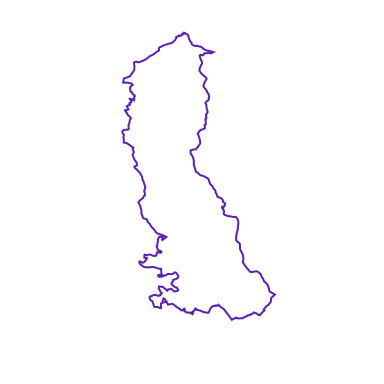 Fildu De Jos, Salaj, Romania, rotated 57°
{"feature_id": "2599482B97947706093461", "entity_name": "Fildu De Jos", "entity_type": "district", "adm_level": 2, "iso_a3": "ROU", "parent_name": "Romania", "parent_adm1": "Salaj", "projection": "robinson", "projection_center": [22.992, 46.932], "detail": "fine", "context": "isolated", "style": "outline", "palette": "violet", "viewbox_px": 384, "rotation_deg": 57, "n_neighbors": 0, "source": "geoboundaries", "source_scale": "gbopen_adm2", "svg_char_len": 6051}
<svg xmlns="http://www.w3.org/2000/svg" viewBox="0 0 384 384"><g transform="rotate(57 192 192)"><path d="M302.2,243.7L299.6,239.8L299.0,236.8L300.1,234.8L299.9,234.1L300.2,233.5L301.1,233.0L301.2,232.1L301.0,231.2L303.7,230.7L306.9,229.3L309.7,228.8L310.4,229.0L314.4,228.5L320.9,228.2L320.9,226.3L321.3,225.2L321.1,224.9L321.7,223.7L321.6,223.0L323.4,222.0L324.2,220.3L325.4,218.5L325.3,217.3L325.6,216.7L325.4,216.2L325.6,215.1L326.1,214.2L325.9,213.5L326.1,212.9L325.9,212.1L326.8,210.0L326.5,209.0L326.8,208.8L327.1,207.1L326.7,205.7L328.9,204.1L331.3,203.2L332.1,202.2L331.9,202.0L332.3,201.8L331.6,200.4L330.7,195.6L329.6,195.9L328.6,192.9L328.2,191.7L328.3,190.1L328.1,188.8L327.0,185.7L324.0,183.3L323.2,178.4L317.6,181.1L314.4,179.9L310.7,179.1L308.1,179.5L306.5,180.2L302.4,179.6L300.8,179.8L298.9,179.2L297.6,179.3L295.0,180.1L293.5,181.2L291.7,185.6L290.4,186.8L282.6,187.7L279.1,187.6L278.2,187.5L277.7,186.7L275.9,185.2L272.4,183.5L266.3,182.9L261.8,180.2L261.0,180.1L257.8,181.1L256.0,181.1L255.4,180.3L252.7,178.9L252.1,177.8L250.3,176.4L248.2,173.9L245.6,172.1L245.2,171.4L244.1,170.8L242.9,169.6L239.0,168.4L237.5,168.6L236.6,169.0L235.8,170.5L231.6,175.0L229.2,176.9L227.9,177.3L227.3,177.1L226.2,175.9L224.0,175.2L221.8,175.4L221.0,175.1L220.9,174.5L221.7,174.1L221.1,173.7L221.7,172.9L221.6,172.5L219.6,170.4L217.1,171.4L215.9,170.7L214.5,170.5L212.6,171.3L209.7,173.3L208.5,172.7L205.1,172.4L204.1,171.8L202.4,171.6L200.7,172.1L198.5,171.7L194.9,172.4L189.8,171.1L189.3,171.5L188.2,171.6L187.0,172.7L185.6,173.1L182.2,176.0L179.7,176.5L177.1,177.7L169.3,175.3L168.1,174.1L164.0,172.4L160.8,172.0L159.4,172.4L156.4,170.6L157.0,168.0L158.4,165.4L157.7,163.9L157.5,162.4L156.8,161.5L156.1,159.3L155.5,158.5L155.1,158.1L151.1,156.5L146.1,155.3L145.7,153.9L144.9,152.8L145.0,152.0L144.8,151.5L144.8,150.2L145.6,147.8L145.4,146.2L142.9,145.2L142.6,144.7L142.9,143.8L142.7,143.5L138.4,141.1L138.2,140.9L138.5,140.6L137.6,140.1L137.4,139.2L135.9,138.8L134.8,138.1L134.8,137.4L134.2,137.0L133.8,135.8L133.1,135.2L128.7,133.7L126.9,132.5L124.7,132.4L124.4,131.0L123.9,130.1L124.0,128.1L122.6,126.8L121.8,126.5L121.6,125.9L119.3,124.8L116.4,124.9L114.6,124.5L109.8,124.9L109.3,124.7L107.1,121.9L105.8,119.6L105.4,118.4L103.9,117.9L98.0,119.6L94.2,119.7L92.0,117.6L90.1,114.5L90.0,113.9L88.9,112.9L86.6,112.7L83.1,111.8L81.6,111.0L81.5,110.2L82.9,109.0L83.3,108.3L82.4,106.1L82.8,105.8L84.4,102.2L86.1,100.6L86.4,97.8L82.9,100.7L82.1,101.9L80.1,103.5L78.2,104.4L76.4,104.8L74.4,105.9L73.4,107.3L72.2,107.8L71.3,109.9L68.7,111.6L67.8,111.7L66.5,111.0L65.1,111.4L62.3,111.1L59.2,110.3L58.7,109.8L57.7,109.9L55.5,111.3L54.7,111.3L53.8,112.3L54.9,113.3L54.3,113.7L54.4,114.1L54.1,114.5L54.9,115.5L54.6,116.3L54.8,116.6L53.6,117.7L54.1,118.3L53.4,120.1L53.5,120.9L54.0,120.9L55.3,123.1L56.1,127.2L53.8,134.9L53.0,140.5L53.5,141.6L55.1,142.3L55.5,143.1L55.2,145.0L55.6,149.2L55.1,154.2L55.6,157.6L55.5,159.5L55.2,160.0L55.3,160.9L55.0,163.1L54.6,164.0L54.5,165.4L53.5,166.9L52.5,167.5L51.7,169.9L52.6,170.6L55.0,171.7L58.3,174.0L61.2,181.0L59.8,187.3L62.7,190.2L65.5,186.1L66.8,185.1L68.2,183.4L69.5,183.4L69.9,183.4L70.0,184.9L70.5,187.1L74.2,188.8L74.7,188.4L76.0,188.1L77.4,188.5L79.5,187.6L80.6,187.7L80.9,189.0L83.0,190.0L82.5,191.0L82.9,191.1L80.5,192.5L80.0,193.4L83.4,193.6L83.6,194.1L83.4,195.5L83.5,196.1L84.8,196.2L85.2,196.8L84.6,198.0L84.5,200.0L88.1,200.2L87.9,201.8L87.2,203.1L87.7,203.0L87.7,203.9L90.7,203.6L92.6,203.9L94.8,203.1L97.1,203.2L97.7,204.9L99.6,206.4L101.5,209.0L104.7,210.7L104.8,212.0L103.9,213.2L103.0,215.1L102.9,216.7L103.8,217.8L104.9,218.2L107.0,217.9L108.6,219.6L111.1,220.7L113.3,222.3L115.6,220.0L121.7,217.6L122.8,216.9L124.2,218.6L126.0,218.8L127.0,219.2L128.6,221.7L133.3,222.6L137.5,222.5L139.3,223.4L139.7,223.7L139.3,226.4L139.6,226.7L141.5,226.7L142.9,226.0L147.5,225.3L151.8,225.5L155.0,226.8L156.7,226.9L162.7,228.6L165.0,231.5L167.4,232.3L169.2,233.4L169.2,234.5L170.3,236.2L170.6,239.4L171.3,242.5L175.8,243.1L180.4,244.7L182.7,246.3L185.2,246.6L186.9,247.2L187.6,247.0L190.6,244.6L192.9,245.5L195.0,244.9L199.1,244.9L201.2,244.7L201.6,244.3L206.0,244.2L207.8,243.6L213.0,239.6L215.7,238.0L215.9,239.2L216.1,243.1L215.7,243.0L214.2,241.4L212.8,242.0L212.6,242.6L211.7,243.9L212.3,244.6L213.1,246.5L214.4,247.0L216.7,249.4L218.1,250.3L218.1,251.2L218.4,251.4L221.7,252.0L223.1,251.6L224.2,250.5L225.6,250.2L226.0,250.6L226.0,251.2L225.1,252.1L224.9,252.8L223.5,253.9L224.9,255.8L225.6,256.3L225.9,256.9L224.4,259.4L222.3,260.6L220.9,262.3L220.5,264.1L219.9,264.9L218.9,265.5L218.9,266.1L219.3,266.6L221.2,267.7L222.8,265.8L223.5,266.3L224.7,270.1L224.6,271.6L224.4,272.0L222.2,273.1L221.7,273.9L221.9,274.3L223.0,274.7L224.4,274.8L228.8,273.1L231.1,270.2L233.3,266.1L234.9,264.2L238.3,261.6L239.5,259.8L244.9,262.7L243.9,263.9L243.3,265.5L243.8,266.1L245.4,265.6L245.5,265.0L246.7,263.3L246.6,262.7L246.1,262.5L246.1,261.8L247.0,261.4L246.8,260.8L247.2,260.5L247.6,258.8L247.5,256.9L250.0,253.6L250.2,251.5L249.9,250.5L250.3,249.9L250.6,249.5L252.0,249.2L255.3,249.3L255.9,249.7L256.3,251.1L256.3,252.7L255.5,255.7L256.8,257.0L257.1,258.6L257.5,259.1L259.1,259.2L260.8,258.7L263.1,257.7L263.9,256.8L266.5,256.9L267.0,257.3L266.9,258.3L265.9,261.0L262.0,262.1L260.7,265.1L261.4,266.4L255.7,268.2L253.2,271.1L254.8,272.5L255.1,272.2L257.5,272.7L260.5,272.5L260.6,274.3L261.3,274.5L261.3,275.3L260.7,276.9L258.3,278.8L257.3,281.2L257.4,282.8L256.7,283.8L256.8,284.6L257.0,284.9L259.0,285.7L261.1,285.4L261.9,284.7L267.8,286.2L269.9,283.2L271.5,282.5L272.5,281.3L268.6,278.7L268.5,278.4L268.9,277.3L266.6,275.1L265.7,273.7L267.2,273.0L268.5,273.1L269.5,274.8L270.1,273.0L273.3,273.5L274.4,271.2L274.9,269.6L276.8,268.4L279.3,267.8L283.6,265.9L285.5,265.4L286.0,264.3L285.5,262.6L285.8,261.8L286.5,261.9L287.6,263.3L290.3,262.0L291.6,260.0L292.8,259.3L292.3,258.8L292.4,258.5L294.5,258.1L294.2,257.6L294.3,257.1L293.1,256.8L292.7,256.3L292.6,254.0L292.0,253.5L292.7,252.9L291.9,252.4L294.4,251.3L296.1,249.5L298.9,247.8L302.0,244.4L302.2,243.7Z" fill="none" stroke="#5b21b6" stroke-width="2"/></g></svg>